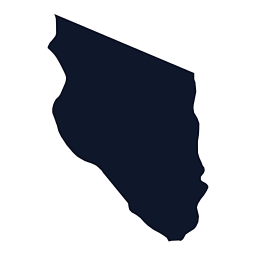 the district of Warwick/Daban, Choiseul, Saint Lucia
{"feature_id": "8701671B22929774804888", "entity_name": "Warwick/Daban", "entity_type": "district", "adm_level": 2, "iso_a3": "LCA", "parent_name": "Saint Lucia", "parent_adm1": "Choiseul", "projection": "orthographic", "projection_center": [-61.001, 13.811], "detail": "fine", "context": "isolated", "style": "filled", "palette": "ink", "viewbox_px": 256, "rotation_deg": 0, "n_neighbors": 0, "source": "geoboundaries", "source_scale": "gbopen_adm2", "svg_char_len": 1506}
<svg xmlns="http://www.w3.org/2000/svg" viewBox="0 0 256 256"><path d="M55.6,15.4L56.2,17.0L56.6,19.1L56.8,25.0L56.8,28.1L56.9,33.6L56.0,36.4L52.6,40.7L50.5,42.9L48.7,46.4L48.4,47.7L50.8,49.9L53.8,53.0L55.7,55.3L57.4,57.8L58.1,59.0L60.5,63.2L62.8,67.7L64.5,71.1L66.1,74.7L66.9,77.5L66.5,80.8L65.9,83.1L62.9,90.0L60.9,94.7L58.9,97.4L56.5,99.5L55.4,101.5L55.1,102.0L53.9,104.9L53.0,108.8L53.0,112.2L53.4,113.7L55.1,118.0L56.8,123.1L57.5,124.8L58.7,129.5L59.3,131.4L61.4,135.7L62.3,137.2L67.1,144.5L68.0,145.6L71.4,149.6L73.6,152.2L76.6,155.0L78.0,156.2L80.3,157.6L85.0,160.3L88.8,161.7L90.9,162.3L95.4,164.3L97.0,165.3L97.6,165.8L98.9,166.9L101.4,169.3L102.3,170.2L103.5,172.1L128.8,203.0L129.3,206.8L130.0,209.5L132.1,211.7L136.5,214.2L140.8,217.4L144.6,221.6L148.2,225.0L154.0,229.2L159.7,232.2L164.5,235.2L167.4,237.4L169.1,240.6L171.7,240.0L172.9,240.0L178.8,239.7L180.6,240.1L182.2,239.0L182.9,238.1L185.2,233.9L189.0,231.4L193.7,228.4L195.5,226.3L197.6,221.8L198.2,216.3L197.7,214.1L196.4,208.6L196.1,207.4L197.4,203.4L200.4,198.5L203.5,194.7L206.4,190.0L207.6,187.3L207.5,186.2L206.4,184.7L205.1,183.6L202.0,182.0L200.1,180.3L200.1,176.6L200.9,175.5L203.2,172.6L204.0,170.4L203.6,167.9L202.1,165.9L200.7,162.3L198.8,158.2L197.3,153.2L197.2,147.3L197.2,141.1L198.2,134.8L198.5,129.3L198.6,123.6L196.9,118.7L193.4,112.8L192.7,108.1L193.0,104.3L193.9,100.0L194.8,95.2L195.5,91.8L195.2,87.9L194.7,82.7L193.5,79.3L193.5,76.4L193.5,73.6L55.6,15.4Z" fill="#0f172a" stroke="#020617" stroke-width="1.5"/></svg>